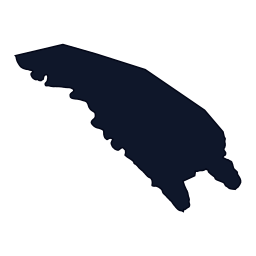 outline of Calypso, Micoud, Saint Lucia
{"feature_id": "8701671B55619097224465", "entity_name": "Calypso", "entity_type": "district", "adm_level": 2, "iso_a3": "LCA", "parent_name": "Saint Lucia", "parent_adm1": "Micoud", "projection": "orthographic", "projection_center": [-60.966, 13.825], "detail": "fine", "context": "isolated", "style": "filled", "palette": "ink", "viewbox_px": 256, "rotation_deg": 0, "n_neighbors": 0, "source": "geoboundaries", "source_scale": "gbopen_adm2", "svg_char_len": 5573}
<svg xmlns="http://www.w3.org/2000/svg" viewBox="0 0 256 256"><path d="M183.3,211.5L183.4,210.6L183.7,209.4L184.3,209.5L184.8,209.5L185.8,208.9L186.4,208.3L187.3,207.8L187.6,207.5L188.7,207.0L189.3,206.2L189.5,205.2L189.5,204.4L189.1,203.0L188.9,201.5L189.2,199.6L189.1,199.0L188.9,198.0L188.7,197.6L188.3,196.3L187.6,192.6L187.2,191.7L187.0,190.9L186.6,190.5L184.3,185.4L183.8,183.7L183.3,182.4L183.0,181.1L194.7,175.7L195.4,171.1L195.8,171.2L197.4,171.3L198.8,170.8L199.5,170.6L200.8,170.5L202.4,170.5L203.3,170.3L203.9,170.1L204.9,169.6L205.9,168.9L206.4,169.3L208.0,170.0L208.6,171.9L208.9,172.2L209.3,172.6L210.0,173.2L210.7,173.9L211.3,174.4L212.9,175.6L213.5,176.1L214.1,176.4L214.6,177.0L214.8,177.3L215.2,178.3L215.4,178.8L216.0,179.2L216.5,179.6L217.4,180.0L222.7,182.1L223.5,182.5L223.9,182.8L224.3,183.3L224.6,183.8L225.6,185.7L226.1,185.9L226.3,186.1L227.0,186.5L227.5,186.8L228.2,187.4L229.0,188.1L229.8,188.5L231.1,188.8L233.1,189.1L234.8,189.2L235.2,189.3L236.1,188.4L237.6,187.2L238.0,187.0L239.6,184.6L240.6,182.4L240.6,180.6L240.2,179.1L239.3,177.3L237.8,174.9L237.4,174.1L237.3,172.6L237.0,171.8L235.4,170.3L233.9,168.9L233.5,168.1L232.8,165.7L232.6,164.7L231.6,162.0L230.8,161.3L229.6,160.8L227.9,159.7L227.0,159.7L222.8,157.6L223.3,156.4L223.9,155.7L225.2,155.0L225.6,154.0L225.6,152.7L224.9,151.5L224.1,150.5L223.8,149.5L223.9,148.4L224.6,147.4L225.1,145.5L225.1,143.7L224.7,141.9L224.8,140.4L225.1,139.2L225.1,138.4L224.2,137.0L223.0,131.8L204.6,110.2L145.2,69.6L96.8,54.2L62.9,44.5L15.4,55.7L15.8,56.2L16.0,56.4L16.1,56.7L16.4,58.1L16.4,58.4L16.9,60.2L17.3,61.3L17.9,62.5L18.2,63.0L18.6,63.7L19.8,65.6L20.1,65.8L20.6,66.5L21.1,67.0L22.2,67.7L23.3,68.3L25.8,69.1L26.8,69.3L27.1,69.3L28.1,69.4L28.7,69.6L29.0,69.7L29.2,69.8L29.4,69.9L30.1,70.1L31.0,70.2L31.5,70.4L32.1,70.6L32.3,70.8L32.5,71.0L32.9,71.7L33.0,71.9L32.9,72.0L32.6,72.3L32.0,72.8L31.8,72.9L31.6,73.0L31.4,73.2L31.4,73.4L31.1,73.8L31.1,74.1L31.1,74.7L31.4,75.6L32.1,76.9L32.3,77.3L32.7,77.8L33.3,78.3L34.1,78.9L34.4,79.1L35.1,79.4L35.6,79.6L35.9,79.6L37.6,79.5L38.0,79.6L38.4,79.8L38.5,80.0L39.1,80.4L39.8,80.5L41.0,80.6L41.2,80.4L41.5,80.2L42.8,79.4L43.3,79.0L43.3,78.8L43.3,78.4L43.4,78.0L43.5,77.4L43.7,76.7L43.9,76.1L44.1,75.8L44.6,75.3L45.0,75.0L45.5,74.7L45.9,74.6L46.5,74.5L47.0,74.9L47.4,75.2L47.6,75.6L47.7,76.0L47.8,76.6L47.9,77.8L47.9,78.1L47.7,78.7L47.7,78.8L47.4,80.5L47.1,81.2L46.9,81.5L46.6,82.0L46.1,82.5L45.4,83.3L45.2,83.9L45.2,84.3L45.3,84.6L45.5,85.2L45.7,85.5L45.9,85.6L46.0,85.6L46.4,85.7L48.5,85.6L49.8,85.9L50.9,86.2L53.3,86.5L53.9,86.5L54.1,86.5L56.3,86.4L56.4,86.5L57.5,86.5L57.8,86.5L60.4,86.6L60.7,86.7L61.3,86.7L63.8,87.1L64.5,87.1L65.3,87.3L66.5,87.4L69.2,87.5L70.4,87.7L71.2,88.0L72.4,88.6L72.9,88.9L73.5,89.3L73.6,89.5L73.8,90.4L73.7,90.6L73.7,90.9L73.6,91.2L72.7,92.1L72.0,92.6L71.8,92.7L71.5,93.0L71.1,93.4L70.7,93.8L70.4,94.3L70.2,94.6L70.2,95.6L70.3,96.3L70.5,97.0L70.7,97.3L70.9,97.5L71.3,97.8L71.6,98.0L72.7,98.4L73.2,98.5L75.1,98.8L76.0,98.9L76.7,98.9L78.0,99.1L80.5,99.6L80.8,99.7L81.4,99.9L82.9,100.4L84.8,100.9L85.8,101.3L86.1,101.5L86.6,101.8L87.3,102.7L88.2,104.5L88.4,105.3L88.9,106.8L89.2,107.5L89.6,108.0L90.3,109.1L91.0,109.8L91.6,110.3L92.8,111.1L93.6,111.6L94.3,112.1L94.7,112.4L95.0,113.0L95.2,113.5L95.2,113.8L95.3,114.2L95.4,114.7L95.4,115.4L95.4,115.9L95.3,117.0L95.1,117.4L94.8,118.0L94.6,118.2L94.4,118.5L94.0,118.9L92.9,119.8L92.2,120.6L91.9,120.9L91.6,121.6L91.4,122.1L91.4,122.8L91.6,123.2L92.0,124.0L92.8,124.9L93.6,125.7L94.3,126.3L95.6,127.1L96.3,127.4L96.7,127.6L97.0,127.6L97.4,127.8L98.9,128.1L100.9,128.8L102.5,129.5L103.1,129.9L103.2,130.1L103.4,130.5L103.6,130.9L103.7,131.0L103.8,131.9L103.9,134.5L104.0,134.6L104.0,134.9L104.2,135.9L104.6,136.9L105.0,137.8L105.5,138.3L106.7,139.3L106.8,139.4L107.4,139.4L107.5,139.3L107.7,139.2L108.2,138.9L108.9,138.4L109.4,138.3L110.1,138.1L110.8,138.1L111.0,138.2L111.9,138.5L112.6,138.9L112.8,139.0L112.9,139.3L112.8,139.5L112.6,139.9L111.8,141.3L111.5,142.2L111.3,142.6L111.3,143.0L111.3,143.8L112.0,145.5L112.3,146.2L112.9,147.1L113.3,147.5L113.9,148.0L114.5,148.6L114.8,148.9L115.4,149.2L115.8,149.4L116.5,149.7L117.3,150.0L117.5,150.0L118.1,150.1L118.3,150.0L118.4,149.9L118.6,149.9L118.8,149.7L119.1,149.6L120.6,148.4L121.6,147.8L122.1,147.6L122.4,147.6L122.8,147.7L123.4,148.0L123.9,148.4L124.2,148.8L124.4,149.1L125.3,149.9L125.6,150.3L125.6,152.3L125.7,152.6L125.7,153.0L125.6,153.3L125.2,154.4L125.2,155.3L125.5,155.5L125.8,155.7L126.8,156.6L127.8,157.3L129.4,158.3L130.8,159.2L132.5,160.5L132.8,160.7L133.5,161.5L133.9,162.3L134.1,163.2L134.9,163.9L135.5,164.0L136.6,165.0L137.5,165.8L138.0,166.5L138.4,166.9L138.9,167.6L139.3,168.0L141.0,169.5L141.3,169.8L143.2,171.3L143.4,171.7L144.8,173.1L145.0,173.4L145.6,174.1L145.9,174.5L146.4,174.9L146.6,175.2L147.1,175.7L147.6,176.3L148.1,176.6L148.9,177.2L150.1,177.7L150.5,177.9L150.8,178.1L151.1,178.5L151.6,179.3L151.8,179.7L152.0,180.1L152.2,180.9L152.3,182.1L152.4,183.0L152.3,183.5L152.1,185.0L152.1,185.4L152.2,185.6L152.4,185.7L153.0,185.9L153.3,185.9L153.9,186.1L156.0,186.0L156.7,186.2L158.6,187.0L160.7,188.5L161.6,189.4L162.0,189.9L162.3,190.6L162.5,191.3L162.7,191.6L162.8,192.2L163.1,192.8L163.5,193.4L163.9,193.8L164.5,194.3L165.7,195.5L166.1,195.8L166.6,196.4L167.3,197.3L168.8,198.7L169.9,200.0L170.9,200.8L171.3,201.2L171.9,201.9L172.2,202.3L172.5,202.8L172.7,203.1L173.2,203.8L173.9,204.8L174.7,205.7L175.2,206.3L175.7,207.0L177.1,208.5L177.5,208.9L178.2,209.5L178.5,209.6L179.2,210.2L179.5,210.3L180.8,210.6L181.4,210.6L182.1,210.9L183.3,211.5Z" fill="#0f172a" stroke="#020617" stroke-width="1.5"/></svg>